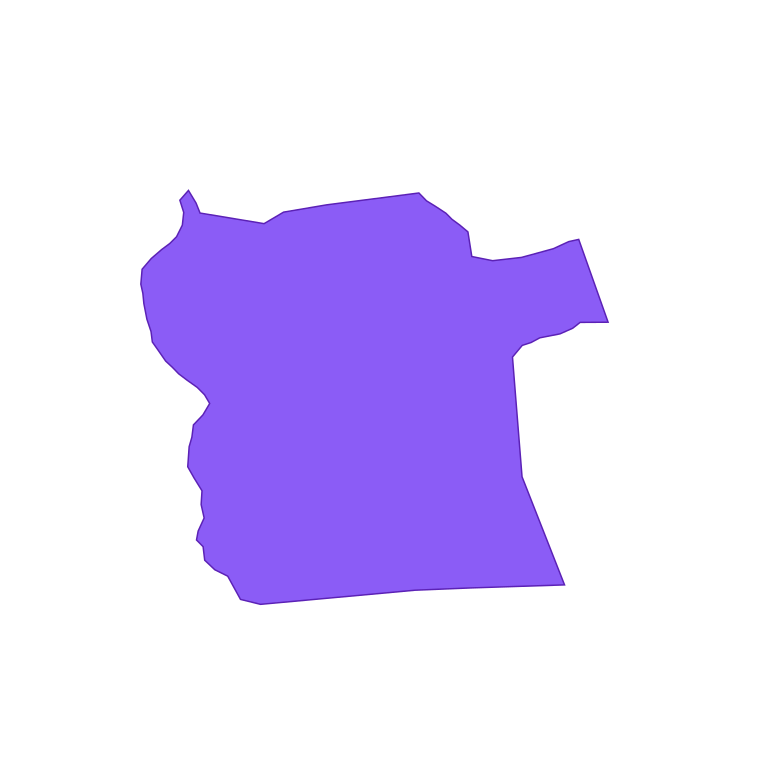 Jericó, Paraíba, Brazil (Mercator projection), rotated 244°
{"feature_id": "56859067B69960445467494", "entity_name": "Jericó", "entity_type": "district", "adm_level": 2, "iso_a3": "BRA", "parent_name": "Brazil", "parent_adm1": "Paraíba", "projection": "mercator", "projection_center": [-37.799, -6.517], "detail": "fine", "context": "isolated", "style": "filled", "palette": "violet", "viewbox_px": 768, "rotation_deg": 244, "n_neighbors": 0, "source": "geoboundaries", "source_scale": "gbopen_adm2", "svg_char_len": 1035}
<svg xmlns="http://www.w3.org/2000/svg" viewBox="0 0 768 768"><g transform="rotate(244 384 384)"><path d="M124.3,458.2L240.1,467.4L324.7,500.6L351.9,511.3L358.1,525.2L356.8,534.4L357.2,544.3L351.9,564.2L351.4,578.1L353.4,587.3L341.3,612.5L428.6,622.4L431.0,612.5L431.4,595.4L437.5,563.1L447.2,535.7L460.1,518.8L483.9,526.1L493.6,521.8L502.2,517.3L510.4,514.5L521.8,507.7L530.0,502.5L540.4,499.1L570.2,410.9L582.5,369.1L580.7,346.5L618.3,293.6L629.0,294.4L643.7,293.1L638.7,281.1L626.0,279.2L615.2,272.4L607.3,262.1L604.2,253.1L602.3,243.0L598.8,229.8L593.2,216.9L580.3,209.2L571.2,207.0L561.5,203.4L546.2,199.3L533.3,197.6L523.3,194.2L512.8,195.9L500.3,197.8L491.8,201.1L483.2,203.9L473.5,208.8L462.9,214.6L453.0,218.0L442.9,218.8L435.6,207.7L430.8,194.8L420.4,188.0L413.1,181.4L395.6,171.3L382.7,172.1L367.8,173.6L355.8,166.8L342.4,163.6L333.3,152.5L326.0,147.1L317.1,150.1L304.2,145.6L291.2,150.5L279.8,159.3L253.3,160.6L240.1,176.4L185.1,321.4L162.5,373.0L124.3,458.2Z" fill="#8b5cf6" stroke="#5b21b6" stroke-width="1.5"/></g></svg>